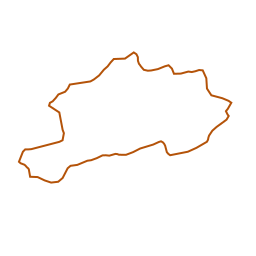 SVG path tracing the border of Afyonkarahisar, rotated 21°
{"feature_id": "TUR-2272", "entity_name": "Afyonkarahisar", "entity_type": "Province", "adm_level": 1, "iso_a3": "TUR", "parent_name": "Turkey", "parent_adm1": "", "projection": "robinson", "projection_center": [30.622, 38.521], "detail": "fine", "context": "isolated", "style": "outline", "palette": "amber", "viewbox_px": 256, "rotation_deg": 21, "n_neighbors": 0, "source": "natural_earth", "source_scale": "10m", "svg_char_len": 1330}
<svg xmlns="http://www.w3.org/2000/svg" viewBox="0 0 256 256"><g transform="rotate(21 128 128)"><path d="M58.1,108.3L76.2,98.0L78.7,95.0L82.2,89.3L84.6,82.2L86.9,77.8L88.3,73.0L90.0,68.7L100.3,64.3L106.3,55.4L109.4,56.1L111.8,58.3L113.2,61.7L115.2,64.1L116.6,64.9L118.0,65.9L121.9,68.0L126.0,67.4L129.0,66.0L134.8,62.3L140.3,57.2L143.4,54.9L147.7,56.8L151.5,60.9L157.8,58.3L164.1,53.7L167.5,52.9L170.5,50.9L173.6,48.4L177.1,47.4L183.3,53.5L187.6,62.9L194.1,67.6L205.3,66.4L212.1,66.6L215.4,67.4L214.3,74.5L213.8,75.9L213.4,77.2L216.1,79.7L217.7,80.7L217.0,84.9L210.3,95.3L207.7,100.3L206.4,106.0L206.5,108.1L206.9,110.2L206.6,112.6L199.0,122.0L192.4,128.7L177.1,138.3L174.9,137.7L172.9,136.6L169.0,131.2L167.4,129.8L165.7,128.9L163.6,128.6L161.8,130.0L157.5,134.4L146.7,142.8L141.4,148.7L135.8,153.7L129.2,156.2L127.3,156.2L125.5,156.7L120.5,160.5L117.1,161.4L114.0,162.7L109.7,167.3L105.1,171.3L101.8,173.1L93.9,180.6L87.9,183.9L86.1,187.2L84.9,198.1L82.1,203.2L75.8,206.5L69.0,206.8L61.2,206.2L54.1,208.6L50.2,202.1L49.2,201.4L47.9,201.0L45.6,199.8L44.4,199.4L40.4,199.4L38.3,198.6L38.4,187.8L39.7,184.8L42.6,183.7L45.3,182.4L68.9,165.5L71.3,162.9L70.0,155.8L67.6,153.1L58.3,138.1L46.3,135.5L46.1,132.5L48.1,130.1L49.8,125.8L51.0,121.6L56.3,116.7L57.7,112.7L58.1,108.3Z" fill="none" stroke="#b45309" stroke-width="2"/></g></svg>